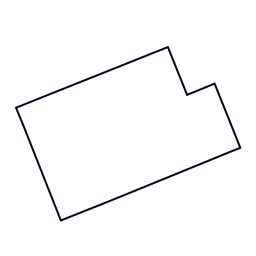 Alcorn, Mississippi, United States of America, rotated 158°
{"feature_id": "52423323B19683486878763", "entity_name": "Alcorn", "entity_type": "district", "adm_level": 2, "iso_a3": "USA", "parent_name": "United States of America", "parent_adm1": "Mississippi", "projection": "robinson", "projection_center": [-88.592, 34.876], "detail": "fine", "context": "isolated", "style": "outline", "palette": "ink", "viewbox_px": 256, "rotation_deg": 158, "n_neighbors": 0, "source": "geoboundaries", "source_scale": "gbopen_adm2", "svg_char_len": 330}
<svg xmlns="http://www.w3.org/2000/svg" viewBox="0 0 256 256"><g transform="rotate(158 128 128)"><path d="M224.9,67.4L217.8,67.4L180.1,67.2L161.4,67.2L46.7,67.6L31.3,67.6L31.2,90.3L31.1,136.7L60.8,136.6L60.7,188.1L75.3,188.2L82.7,188.2L224.2,188.8L224.1,166.7L224.9,67.4Z" fill="none" stroke="#020617" stroke-width="2"/></g></svg>